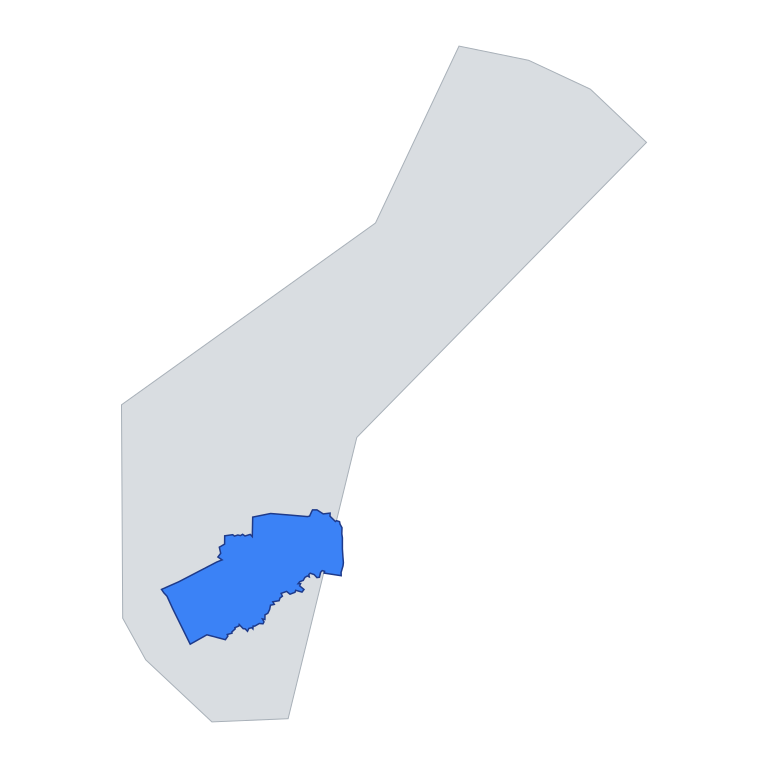 location of Talofofo, Guam
{"feature_id": "77769853B17205204900927", "entity_name": "Talofofo", "entity_type": "district", "adm_level": 2, "iso_a3": "GUM", "parent_name": "Guam", "parent_adm1": "", "projection": "orthographic", "projection_center": [144.734, 13.336], "detail": "fine", "context": "in_parent", "style": "filled", "palette": "blue", "viewbox_px": 768, "rotation_deg": 0, "n_neighbors": 0, "source": "geoboundaries", "source_scale": "gbopen_adm2", "svg_char_len": 1583}
<svg xmlns="http://www.w3.org/2000/svg" viewBox="0 0 768 768"><path d="M288.1,718.7L211.9,721.9L145.7,659.8L122.7,618.2L121.5,404.8L375.5,223.0L459.0,46.1L528.6,60.3L590.4,89.2L646.5,142.4L356.8,437.4L288.1,718.7Z" fill="#d9dde1" stroke="#a8b0b8" stroke-width="1"/><path d="M161.5,589.4L163.9,592.9L167.0,596.2L172.7,608.7L190.2,644.2L206.9,634.8L225.4,639.7L227.9,636.1L227.2,634.5L232.0,633.2L231.9,631.9L235.2,628.9L234.8,627.7L238.9,626.0L239.2,624.5L243.2,628.7L245.1,628.8L247.5,631.3L248.9,628.4L251.8,627.7L252.9,628.9L253.1,626.1L254.8,626.1L259.3,623.5L263.0,623.8L264.0,621.9L262.4,618.9L264.9,619.5L265.0,614.8L267.8,613.3L269.6,609.6L270.5,605.2L274.3,604.4L272.8,601.8L279.1,600.7L280.0,598.0L282.4,596.2L281.1,593.4L286.6,591.4L290.0,594.2L295.0,592.3L295.7,590.3L302.0,592.1L304.0,589.5L299.6,585.8L300.6,583.6L298.1,583.7L299.7,581.7L303.2,580.4L304.9,577.4L307.3,576.0L309.3,576.9L308.8,574.5L310.2,573.2L314.2,574.6L316.9,577.6L319.4,577.3L320.6,572.3L322.2,570.6L324.6,571.3L324.1,573.1L341.2,575.7L341.1,572.5L341.1,572.4L342.9,566.3L343.0,566.0L343.4,562.7L342.9,556.5L342.4,548.9L342.4,537.8L341.8,533.9L342.0,527.7L340.1,524.3L339.5,521.6L336.5,520.7L335.4,521.5L330.0,516.2L330.1,513.1L323.2,513.9L317.0,509.9L312.5,509.9L311.5,511.9L309.6,516.1L307.5,516.6L290.3,515.1L270.6,513.5L252.7,517.1L252.3,536.6L250.2,534.4L245.0,536.0L242.6,534.3L240.5,535.6L237.8,535.0L234.5,536.1L232.7,534.7L224.7,535.8L224.6,544.1L219.3,547.2L220.7,553.3L217.9,557.0L222.1,559.9L216.8,562.0L178.7,581.8L161.5,589.4Z" fill="#3b82f6" stroke="#1e3a8a" stroke-width="1.5"/></svg>